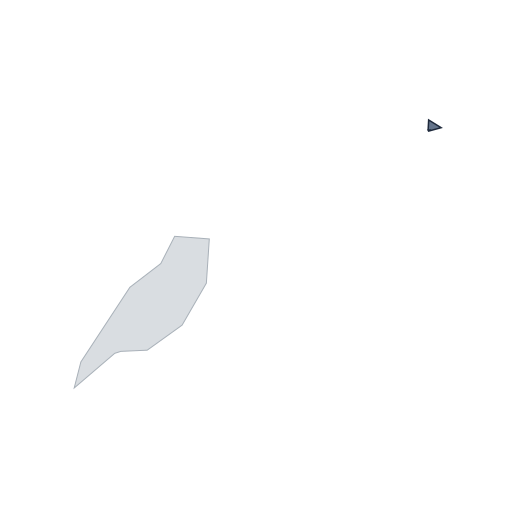 Ngesias, Peleliu, Palau shown in context, rotated 204°
{"feature_id": "81905179B61182383580434", "entity_name": "Ngesias", "entity_type": "district", "adm_level": 2, "iso_a3": "PLW", "parent_name": "Palau", "parent_adm1": "Peleliu", "projection": "mercator", "projection_center": [134.244, 7.006], "detail": "fine", "context": "in_parent", "style": "filled", "palette": "slate", "viewbox_px": 512, "rotation_deg": 204, "n_neighbors": 0, "source": "geoboundaries", "source_scale": "gbopen_adm2", "svg_char_len": 627}
<svg xmlns="http://www.w3.org/2000/svg" viewBox="0 0 512 512"><g transform="rotate(204 256 256)"><path d="M338.3,240.9L305.6,252.6L290.3,211.0L295.4,162.8L317.1,125.7L340.7,113.9L345.5,109.6L368.4,61.5L372.9,88.0L358.5,176.1L339.9,210.4L338.3,240.9Z" fill="#d9dde1" stroke="#a8b0b8" stroke-width="1"/><path d="M150.0,441.1L149.9,441.1L149.7,441.2L149.4,441.2L149.2,441.3L148.9,441.4L148.7,441.5L148.4,441.8L148.3,442.0L148.2,442.0L148.5,441.7L148.7,441.4L148.8,441.3L148.9,441.2L149.2,441.1L149.7,441.0L149.9,440.9L149.1,440.3L139.1,448.5L153.6,450.5L150.0,441.1Z" fill="#64748b" stroke="#1e293b" stroke-width="1.5"/></g></svg>